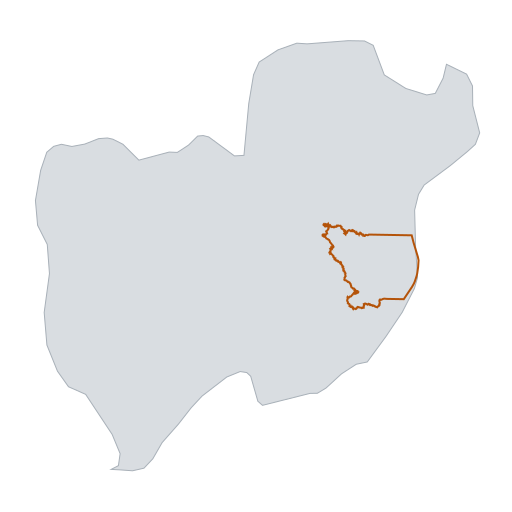 location of Rutsiro, Western, Rwanda, rotated 181°
{"feature_id": "39286606B49553879902836", "entity_name": "Rutsiro", "entity_type": "district", "adm_level": 2, "iso_a3": "RWA", "parent_name": "Rwanda", "parent_adm1": "Western", "projection": "robinson", "projection_center": [29.444, -1.9], "detail": "fine", "context": "in_parent", "style": "outline", "palette": "amber", "viewbox_px": 512, "rotation_deg": 181, "n_neighbors": 0, "source": "geoboundaries", "source_scale": "gbopen_adm2", "svg_char_len": 6995}
<svg xmlns="http://www.w3.org/2000/svg" viewBox="0 0 512 512"><g transform="rotate(181 256 256)"><path d="M192.3,119.8L199.5,119.6L246.9,106.8L251.6,110.8L259.2,135.7L263.2,139.3L269.8,140.2L283.1,134.5L307.5,115.0L318.1,103.2L330.6,86.6L346.6,67.8L355.6,51.5L364.3,41.9L375.7,39.1L388.4,39.8L397.1,40.1L389.9,44.0L388.4,56.0L396.7,75.1L423.9,114.7L441.2,122.0L452.5,137.4L463.5,163.3L466.8,195.8L462.2,234.8L464.9,263.9L474.9,282.9L477.5,307.6L472.8,337.9L467.0,356.1L460.2,362.1L452.5,364.3L442.0,362.3L429.2,364.9L415.4,370.6L406.6,371.4L401.2,370.3L391.0,365.4L374.8,349.8L344.6,358.4L336.5,358.2L325.4,365.7L316.4,374.9L310.9,375.5L305.3,374.2L279.3,355.7L269.8,356.4L265.9,408.3L261.6,437.2L256.2,450.0L237.6,462.5L218.9,469.5L208.6,469.0L167.5,472.9L151.3,472.9L142.5,468.7L130.9,439.3L109.1,426.1L88.1,420.0L79.6,421.7L72.0,437.1L68.9,451.0L48.6,441.5L42.5,429.8L41.9,410.1L34.5,383.0L38.6,371.5L46.6,364.0L63.4,349.7L89.1,329.9L94.6,320.5L98.2,304.7L96.6,268.1L94.1,237.2L97.1,226.2L108.8,202.3L124.6,177.9L142.9,152.0L153.9,149.5L168.4,139.7L183.7,125.2L192.3,119.8Z" fill="#d9dde1" stroke="#a8b0b8" stroke-width="1"/><path d="M188.5,288.0L187.9,287.5L187.7,287.4L187.6,286.8L187.4,286.7L187.1,286.7L186.7,287.2L186.2,287.5L185.3,286.7L184.1,286.7L183.9,286.3L184.0,286.0L183.8,285.8L183.9,284.9L184.4,284.2L184.3,283.9L184.6,283.5L184.8,283.4L185.4,282.5L186.3,281.9L186.0,281.2L185.7,280.8L185.3,279.8L185.8,279.7L186.4,278.7L186.4,278.9L187.0,278.7L187.5,278.8L187.6,278.7L188.1,278.7L188.6,278.8L188.9,278.6L189.3,278.7L189.5,278.3L189.8,278.2L189.8,277.9L189.5,277.6L189.6,277.3L188.5,276.6L188.1,276.7L187.9,276.4L187.4,276.5L187.0,276.3L185.9,274.7L184.5,274.2L184.3,273.8L183.3,273.4L182.6,272.3L182.3,271.2L180.7,269.4L179.7,267.8L179.4,267.9L179.2,267.8L179.1,267.1L178.7,266.8L178.8,266.0L179.1,265.8L179.5,266.0L179.6,265.8L179.8,266.1L180.0,265.9L180.2,266.0L180.3,265.8L180.8,266.0L180.8,265.5L181.1,265.4L181.3,265.2L181.0,264.7L181.3,264.8L181.7,264.6L181.5,264.4L181.7,264.2L181.7,263.9L181.5,263.6L181.4,263.3L181.6,262.9L181.4,262.5L181.7,261.7L182.3,261.5L182.7,260.6L181.8,260.1L181.8,259.7L181.5,259.9L181.3,259.6L181.0,259.8L180.7,259.2L179.8,258.7L179.2,257.8L178.6,257.4L178.7,256.4L178.2,255.8L177.9,255.8L177.9,255.5L177.6,255.3L177.2,255.2L177.5,254.9L177.4,254.7L176.9,254.7L177.3,253.9L176.7,253.6L176.4,253.8L176.1,253.4L175.9,253.3L175.6,252.7L175.1,253.0L174.5,252.8L174.0,252.0L173.8,252.0L173.6,251.6L173.4,251.6L173.3,251.9L172.7,251.3L172.0,251.1L171.9,250.8L171.2,251.4L171.0,251.2L170.8,250.6L170.7,250.0L170.9,249.5L170.7,249.4L170.7,249.2L170.1,248.5L169.7,248.3L169.5,247.7L169.3,247.6L169.4,247.0L169.1,246.9L169.4,246.6L169.2,245.9L168.3,245.3L168.1,244.9L168.1,244.1L168.2,243.8L168.5,243.9L168.6,243.6L168.3,243.2L168.2,242.8L167.9,242.9L167.2,242.2L166.9,241.3L167.0,241.0L166.7,240.9L166.2,240.3L166.2,239.9L166.4,239.5L166.5,238.8L166.0,237.4L166.5,236.9L166.6,236.4L167.1,235.9L167.0,234.7L167.3,233.8L166.5,233.2L165.2,233.1L163.8,231.7L163.4,231.9L162.9,231.5L162.1,231.3L161.5,230.4L161.6,230.1L160.9,229.7L160.7,228.9L160.7,228.4L160.4,228.1L160.5,227.7L160.0,226.3L159.1,225.9L158.7,225.6L158.7,225.4L158.5,225.1L157.5,225.2L157.3,224.9L157.1,224.8L156.8,224.5L157.0,224.4L156.8,224.0L156.9,223.7L156.6,223.3L156.6,223.1L156.8,222.9L156.5,222.6L156.1,222.7L155.8,222.4L155.4,222.6L155.5,222.8L155.4,223.0L154.7,222.8L154.5,222.7L154.3,222.7L154.4,222.2L153.7,222.3L153.6,221.9L153.1,221.7L153.3,221.2L154.1,221.0L154.5,220.6L155.1,220.5L155.3,220.8L155.6,220.7L155.8,220.1L156.4,220.4L156.6,220.2L157.0,220.9L157.5,220.9L158.1,219.9L158.7,219.3L158.8,218.9L159.4,218.5L160.1,217.5L160.6,217.1L161.5,217.1L161.9,216.5L162.2,216.2L162.5,216.4L163.3,216.2L163.7,216.7L163.8,216.5L163.8,215.6L163.5,215.1L163.6,214.5L164.0,213.8L164.1,213.3L164.0,212.6L163.6,212.2L163.2,211.1L163.4,210.5L162.7,209.8L162.0,209.7L161.7,209.4L161.2,208.2L161.2,207.6L161.4,207.5L161.1,207.3L161.1,206.9L161.0,207.1L160.8,206.9L160.5,207.0L160.3,206.7L160.0,206.7L160.0,206.9L159.8,206.8L159.5,206.9L159.0,206.7L158.7,206.2L158.7,206.5L158.3,206.0L158.0,206.1L157.9,205.5L158.1,205.0L157.9,204.8L157.7,204.7L157.6,204.8L157.6,205.0L157.1,204.9L156.4,205.2L155.8,205.1L155.3,204.7L154.7,205.1L154.5,205.6L154.1,205.9L153.9,206.5L153.5,206.9L153.0,206.8L152.7,206.5L152.2,206.6L151.5,206.3L150.7,206.2L150.0,206.1L149.7,205.9L149.6,206.1L148.9,205.9L148.3,206.3L148.1,206.1L147.9,206.3L147.4,206.3L147.6,207.4L147.2,207.9L147.3,208.4L147.0,208.5L146.9,208.8L147.1,208.9L147.2,209.4L146.9,209.9L147.0,210.0L146.1,210.4L144.4,209.9L144.1,209.5L143.6,209.2L143.4,209.2L142.6,210.1L142.3,209.9L141.4,209.9L141.0,209.6L141.0,208.9L140.6,208.9L139.5,209.0L139.0,208.5L138.8,208.8L138.3,208.8L137.9,208.3L137.5,208.4L137.3,208.2L136.7,208.2L136.3,207.7L136.0,207.7L135.9,207.5L135.5,207.5L135.3,207.2L135.0,207.2L133.9,206.8L133.3,207.7L132.5,208.0L132.5,208.4L132.1,208.9L131.7,209.0L131.6,209.5L131.6,209.8L131.9,210.1L131.3,211.2L131.6,211.8L131.9,213.2L131.7,214.2L131.3,214.6L131.0,214.2L129.7,214.5L128.8,215.1L127.1,215.6L124.6,215.4L107.5,215.4L99.5,227.8L97.8,230.9L96.9,233.0L95.9,236.1L95.0,239.1L94.5,241.5L93.7,247.8L93.4,254.5L94.1,257.8L98.6,271.8L100.7,279.4L143.5,279.4L144.3,278.8L144.8,278.7L146.5,279.1L147.0,278.8L147.2,278.5L147.4,278.5L147.5,278.2L147.6,277.9L147.8,277.9L148.3,278.3L149.0,278.3L149.3,278.1L149.5,278.3L149.6,278.2L149.3,278.4L149.3,278.9L149.0,278.9L149.2,279.3L149.8,279.2L150.3,279.6L150.4,279.4L150.6,279.6L150.8,279.5L151.2,280.4L152.1,280.1L152.1,280.5L152.3,280.7L152.2,281.0L152.3,281.1L152.5,280.8L152.7,280.3L153.0,280.3L153.3,279.5L153.5,280.0L153.8,280.0L154.1,279.8L154.7,280.3L155.1,280.4L155.2,279.8L156.0,279.9L156.2,280.3L155.9,281.0L156.0,281.4L156.3,281.1L156.7,281.1L156.9,281.4L157.3,281.4L157.7,281.8L157.9,282.6L158.4,282.8L158.4,282.4L159.1,282.4L159.4,283.4L160.2,283.7L160.5,283.4L160.3,283.1L160.5,282.6L161.2,282.8L161.5,282.5L162.0,282.9L162.8,283.0L163.2,283.2L163.1,283.5L163.3,283.6L163.9,283.3L164.2,282.9L164.7,282.7L165.1,281.6L165.5,281.1L165.6,280.6L166.0,280.5L166.3,280.0L166.8,279.7L166.9,279.2L167.0,279.3L167.1,279.5L168.1,280.1L167.8,280.4L167.8,281.2L167.5,281.6L167.4,282.2L167.0,282.3L167.1,282.8L168.2,282.7L168.1,283.2L168.2,283.5L169.0,283.8L169.2,284.2L169.6,284.2L169.9,284.5L170.5,284.7L170.6,285.1L171.0,285.2L171.3,285.8L171.0,286.5L171.4,286.7L171.4,286.9L172.0,287.4L172.1,287.7L173.7,287.6L174.3,287.9L174.6,287.7L175.3,287.9L175.7,287.9L175.9,287.6L175.5,287.1L176.1,286.6L177.1,286.7L177.8,286.2L178.2,286.6L178.3,286.5L178.7,286.6L179.2,286.1L179.9,286.5L180.2,286.3L180.5,286.3L181.1,286.7L181.3,286.5L182.2,287.8L182.5,287.4L182.7,287.7L183.4,287.5L184.2,287.9L184.2,288.5L184.0,288.8L184.4,289.1L184.5,289.4L185.0,288.7L185.3,288.8L185.8,288.6L186.1,288.8L186.3,288.5L186.6,288.8L186.8,288.3L187.2,288.5L187.3,288.3L187.7,288.9L188.2,288.7L188.6,289.2L188.9,288.9L189.1,288.3L188.9,288.0L188.5,288.0Z" fill="none" stroke="#b45309" stroke-width="2"/></g></svg>